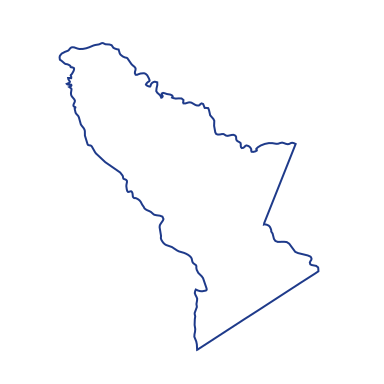 SVG path tracing the border of Pando, rotated 264°
{"feature_id": "BOL-1938", "entity_name": "Pando", "entity_type": "Department", "adm_level": 1, "iso_a3": "BOL", "parent_name": "Bolivia", "parent_adm1": "", "projection": "robinson", "projection_center": [-66.899, -11.088], "detail": "fine", "context": "isolated", "style": "outline", "palette": "blue", "viewbox_px": 384, "rotation_deg": 264, "n_neighbors": 0, "source": "natural_earth", "source_scale": "10m", "svg_char_len": 5018}
<svg xmlns="http://www.w3.org/2000/svg" viewBox="0 0 384 384"><g transform="rotate(264 192 192)"><path d="M338.0,74.4L339.9,74.4L341.3,74.9L343.3,76.9L344.3,79.5L344.5,79.8L345.5,83.5L346.2,84.5L347.2,85.4L348.1,86.5L348.5,87.8L348.2,89.8L346.6,93.2L346.0,95.0L345.7,98.4L346.0,101.8L346.7,105.0L348.0,109.3L348.3,111.1L348.5,114.7L348.7,115.6L349.4,117.5L349.5,118.4L349.3,119.2L348.0,121.3L347.3,125.4L346.4,127.4L343.6,128.9L342.6,130.5L341.8,132.3L341.4,133.9L337.5,134.6L336.3,135.1L335.3,136.0L333.9,137.5L332.8,139.4L332.3,141.0L331.8,141.7L325.4,145.2L324.0,146.4L322.5,147.9L320.9,148.8L319.3,148.6L317.7,147.9L316.2,147.6L314.5,148.2L314.3,149.6L314.8,151.3L315.2,153.1L315.2,155.2L315.1,156.8L314.4,158.2L312.7,159.7L309.5,161.0L307.5,161.5L306.6,161.1L306.3,160.3L305.5,159.0L304.5,157.9L303.6,157.4L302.7,158.1L301.7,159.7L301.2,161.2L301.9,161.9L303.3,162.4L304.5,163.5L305.3,165.0L305.6,166.5L304.7,168.9L302.1,168.7L298.9,167.6L296.1,167.0L294.4,167.8L291.4,170.5L289.0,171.3L289.1,171.9L289.5,172.4L290.0,172.8L290.8,172.8L292.3,172.1L293.1,172.2L293.6,173.6L293.0,175.3L292.1,177.2L291.2,180.5L290.3,182.1L289.2,182.8L288.0,182.0L287.4,183.1L286.6,185.6L286.5,188.6L286.1,191.4L284.4,193.1L283.2,192.9L281.9,192.5L281.0,192.8L280.8,194.8L281.4,197.8L281.4,199.2L280.9,200.8L278.2,204.5L277.6,205.8L277.3,207.8L277.8,208.8L278.6,209.6L279.1,210.8L278.3,212.3L274.3,213.4L274.1,215.2L273.7,216.9L271.4,217.5L266.4,218.1L262.4,220.9L260.5,221.6L255.5,220.9L248.8,221.4L247.1,222.2L246.4,223.8L246.3,225.9L246.5,228.0L246.3,229.5L244.5,231.8L244.1,233.4L244.6,237.5L244.5,239.4L243.5,241.0L242.3,241.6L239.7,241.5L238.5,241.9L237.5,243.0L236.6,244.4L235.6,245.4L234.2,245.5L233.0,245.3L231.5,245.4L230.5,246.1L230.6,247.7L231.4,249.0L232.3,249.9L232.6,251.1L231.8,253.0L230.8,254.1L229.6,254.9L228.3,255.4L227.0,255.2L225.8,255.5L225.5,257.2L225.8,259.3L226.4,260.7L226.9,260.9L227.4,260.7L227.8,260.4L228.1,260.4L228.5,260.8L229.6,262.2L231.1,265.3L232.2,269.4L232.6,273.6L232.2,277.0L231.1,280.9L231.0,282.7L231.5,284.8L231.7,286.8L231.0,288.6L230.1,290.4L229.5,292.3L229.7,293.9L230.3,295.3L230.5,296.7L230.0,298.3L228.9,300.1L153.6,260.6L152.2,260.2L152.3,260.6L151.7,262.8L150.6,264.7L149.4,265.7L147.6,266.4L145.8,266.8L144.3,266.7L142.3,267.8L136.8,268.6L134.6,269.8L133.4,272.1L132.9,278.2L132.3,281.0L130.4,283.3L121.7,288.4L120.2,291.0L116.8,300.5L115.4,303.0L114.5,303.6L113.0,303.9L111.8,303.4L110.7,302.4L109.5,301.8L107.7,302.1L106.9,303.3L105.5,307.9L105.1,308.1L104.2,309.2L103.8,309.5L103.1,309.6L100.7,309.5L99.9,309.4L98.0,305.8L90.4,290.6L82.7,275.5L75.0,260.4L67.3,245.3L59.7,230.1L52.0,215.0L44.3,199.9L36.6,184.8L36.3,184.3L36.1,183.7L35.8,183.2L35.5,182.7L35.3,182.2L35.0,181.7L34.7,181.2L34.5,180.6L40.0,180.9L42.9,180.6L47.8,179.2L50.2,179.6L52.7,180.4L55.3,180.9L59.5,180.7L65.2,181.5L67.9,182.2L70.5,181.9L71.6,182.1L77.1,184.8L77.4,184.8L78.1,184.8L78.4,184.8L80.1,184.7L83.6,185.7L85.4,186.0L87.2,185.5L89.2,184.7L91.2,184.2L93.4,184.9L94.6,185.6L93.4,187.6L92.6,189.6L92.2,191.7L92.5,195.2L92.7,195.9L93.3,196.4L94.6,196.4L105.1,194.0L107.1,192.9L110.9,189.8L114.0,188.6L115.3,188.4L116.5,188.4L117.8,188.6L118.8,188.3L121.1,185.8L122.5,185.1L125.9,184.7L127.2,184.1L128.7,182.9L130.1,181.3L131.3,179.5L132.3,177.7L134.3,172.8L135.3,171.2L139.4,166.2L142.0,160.7L143.0,159.4L144.7,158.0L147.0,156.8L148.2,156.4L149.4,156.2L151.5,156.6L160.3,156.1L161.4,156.3L162.4,156.6L163.8,157.6L166.7,160.1L168.1,160.8L170.6,160.0L171.8,157.6L172.5,154.6L173.3,152.1L174.1,151.2L176.4,149.1L177.3,147.8L178.7,145.3L179.5,144.2L180.7,143.0L182.1,142.5L184.7,141.1L187.7,139.9L189.2,138.9L190.5,137.5L191.5,136.0L191.9,135.0L191.9,134.3L192.1,133.7L192.9,133.0L193.5,132.7L196.8,132.7L197.6,132.5L198.4,132.2L199.0,131.7L199.1,130.9L198.7,129.1L198.8,128.3L199.8,127.7L201.5,127.4L204.6,127.3L205.9,127.5L208.8,128.4L210.0,128.4L210.9,127.8L211.5,126.9L211.9,125.9L212.4,125.2L213.2,125.0L214.7,124.9L215.5,124.7L218.9,122.6L230.7,108.9L240.4,100.5L241.8,99.7L247.8,97.1L248.5,96.5L248.9,95.9L249.1,94.9L249.4,94.1L249.8,93.4L250.6,93.1L259.3,91.4L263.8,91.8L265.2,91.6L266.7,91.0L269.7,89.1L270.9,88.5L278.1,87.3L279.5,86.8L281.8,85.1L283.0,84.5L287.1,84.0L287.4,84.2L287.6,84.5L288.0,84.8L288.4,84.9L288.7,84.6L289.2,83.6L289.5,83.3L290.6,83.1L291.0,83.2L291.9,83.6L293.9,84.8L294.9,85.1L296.3,84.7L299.6,82.5L300.9,82.0L302.2,81.9L303.3,82.0L306.3,82.8L307.1,82.9L308.0,82.3L309.2,80.9L309.4,81.5L309.7,82.2L310.1,82.9L310.5,83.2L311.3,83.1L311.5,82.4L311.4,81.5L311.5,80.8L312.1,79.2L312.6,78.8L313.0,79.9L313.2,80.7L313.4,81.3L313.8,81.8L314.4,82.1L317.2,80.8L318.3,80.7L318.1,82.6L317.8,83.7L318.1,83.9L318.7,83.8L319.3,83.9L319.5,83.9L320.3,83.6L320.6,83.5L321.1,83.8L321.7,84.6L322.1,85.0L324.3,86.6L325.4,87.2L326.7,87.6L327.6,87.5L327.9,87.1L328.1,86.6L328.5,86.0L328.6,85.7L328.6,84.9L328.8,84.6L329.1,84.3L330.0,84.2L330.3,84.0L331.2,82.9L331.9,81.7L332.2,80.9L332.5,79.7L333.0,78.9L336.3,75.8L337.3,74.5L338.0,74.4Z" fill="none" stroke="#1e3a8a" stroke-width="2"/></g></svg>